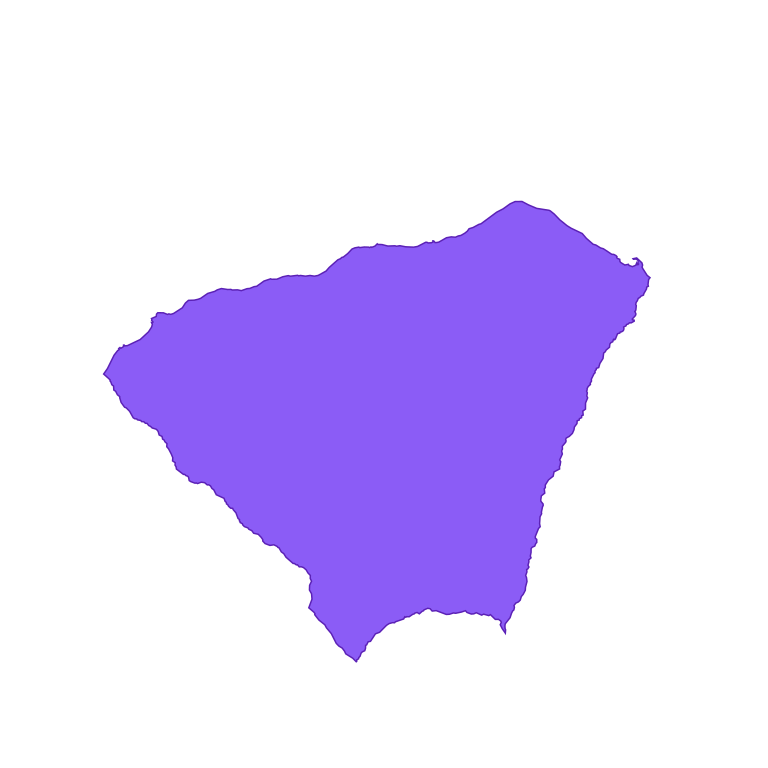 the district of Nossa Senhora Da Conceicao, São Filipe, Cabo Verde, rotated 124°
{"feature_id": "66160863B39753348448887", "entity_name": "Nossa Senhora Da Conceicao", "entity_type": "district", "adm_level": 2, "iso_a3": "CPV", "parent_name": "Cabo Verde", "parent_adm1": "São Filipe", "projection": "albers", "projection_center": [-24.43, 14.881], "detail": "fine", "context": "isolated", "style": "filled", "palette": "violet", "viewbox_px": 768, "rotation_deg": 124, "n_neighbors": 0, "source": "geoboundaries", "source_scale": "gbopen_adm2", "svg_char_len": 6159}
<svg xmlns="http://www.w3.org/2000/svg" viewBox="0 0 768 768"><g transform="rotate(124 384 384)"><path d="M532.5,622.0L533.7,613.5L534.7,612.8L535.0,611.7L536.8,609.2L536.9,607.1L540.1,604.6L540.1,602.4L542.0,599.0L542.2,596.1L543.4,595.2L546.3,591.6L548.3,586.1L547.9,584.3L548.9,579.6L552.2,573.1L552.2,571.2L551.2,569.4L551.6,568.4L550.3,565.3L550.7,563.8L549.6,562.1L550.0,559.9L549.1,558.3L550.0,555.9L549.7,553.8L550.1,551.6L548.9,547.8L549.1,546.1L549.7,544.6L552.0,541.9L551.6,538.7L553.5,536.7L553.4,535.0L554.4,533.3L554.8,530.6L557.5,529.0L558.2,526.4L560.9,521.4L563.2,517.9L566.0,516.3L566.0,513.1L568.1,511.9L568.9,510.1L570.6,508.5L571.1,499.8L570.4,498.7L570.7,496.8L570.2,495.2L570.6,493.9L573.0,491.5L573.0,489.7L571.9,485.2L571.0,484.3L570.8,482.9L567.6,480.6L566.1,477.5L566.5,474.1L565.6,473.0L565.5,470.9L566.8,468.3L566.9,466.0L569.6,461.1L568.2,452.7L570.2,450.0L570.3,448.6L571.5,447.5L571.4,446.2L572.3,444.4L572.7,441.7L571.7,439.9L572.5,438.8L573.6,434.7L577.1,429.8L577.2,428.0L578.3,427.4L578.6,426.3L579.3,425.8L579.0,423.3L579.8,422.3L580.3,420.0L579.4,416.4L580.0,414.8L579.5,411.6L580.6,408.6L578.9,404.2L579.8,400.1L580.8,397.5L582.0,396.7L582.8,393.4L581.6,388.3L578.9,385.4L578.4,381.7L578.8,380.6L578.5,379.5L580.6,375.2L580.7,372.2L582.4,368.4L583.6,359.0L582.9,357.9L583.0,355.6L582.3,354.6L583.0,352.0L581.8,350.4L581.2,348.1L581.6,344.6L583.2,341.3L583.9,338.0L586.5,336.4L588.0,333.8L592.5,333.1L596.5,330.6L598.4,326.8L602.6,323.4L611.6,321.2L612.4,314.4L613.0,312.8L614.0,312.4L616.1,305.9L616.7,298.4L618.3,295.4L620.4,288.1L625.7,278.6L626.5,274.9L626.3,271.1L627.5,267.5L629.1,264.8L628.8,256.6L629.8,251.7L629.3,251.5L627.9,252.3L626.0,251.4L625.0,251.9L623.0,251.6L620.0,252.5L618.2,252.2L615.9,250.8L613.5,251.5L611.0,253.1L610.0,252.5L606.6,253.0L604.9,251.3L595.9,251.4L592.3,248.8L582.7,247.0L579.8,245.8L577.1,243.5L576.0,241.7L574.8,241.6L567.8,236.3L565.3,236.6L565.2,235.5L564.3,235.2L562.9,233.0L558.9,231.4L557.5,230.3L556.7,230.3L554.9,228.8L554.8,226.2L550.9,225.2L549.9,224.4L548.8,224.5L545.5,222.3L544.5,220.1L545.3,217.1L542.7,214.0L540.2,203.5L538.3,201.0L535.0,198.4L534.0,196.4L529.8,192.3L526.4,189.7L527.0,187.5L525.9,183.0L524.3,181.0L522.0,179.6L521.0,173.8L519.1,172.7L517.4,167.6L515.7,166.8L516.9,160.1L515.1,157.5L515.2,154.7L516.0,153.5L518.6,153.0L520.7,149.2L522.7,144.1L519.8,145.7L519.0,146.9L516.9,148.5L515.0,149.4L507.3,148.8L502.6,150.1L500.1,150.4L498.7,150.0L496.2,151.0L494.9,152.4L491.9,152.2L489.5,150.7L487.0,150.2L483.4,151.3L480.5,151.0L476.0,151.5L473.3,153.1L467.8,155.0L464.8,157.6L463.5,159.5L459.9,160.4L458.0,162.0L457.0,161.4L454.7,161.5L453.7,163.3L450.4,164.4L449.0,165.6L445.9,164.9L444.8,166.5L441.4,167.9L438.2,170.0L436.5,169.9L434.1,168.4L431.3,169.0L430.0,168.7L427.4,170.5L427.2,172.3L425.8,173.3L417.3,175.1L415.0,174.7L412.8,176.9L406.8,180.4L403.4,180.8L402.3,181.8L397.0,184.0L395.9,184.0L394.5,185.0L393.5,188.3L392.5,189.2L388.7,191.0L384.6,189.7L381.3,192.5L379.7,192.3L377.5,193.8L371.5,194.0L365.8,192.2L361.8,193.9L356.2,190.9L354.3,192.4L353.1,192.5L349.6,194.1L348.7,195.9L342.3,197.0L340.2,199.3L338.1,199.7L335.9,201.4L330.7,200.8L329.4,201.2L328.4,202.4L326.9,202.7L323.8,201.1L319.6,200.2L315.7,200.9L313.2,202.1L308.9,201.9L306.4,203.3L304.8,202.0L303.5,202.6L301.4,201.4L299.7,202.4L298.4,201.5L295.3,204.0L292.2,202.9L287.0,206.3L281.6,207.4L280.5,209.2L277.6,210.5L276.6,212.1L275.5,212.2L274.1,213.1L271.8,213.3L269.0,212.6L268.0,213.5L265.6,213.6L264.0,214.8L258.2,215.6L256.6,215.3L255.4,216.3L253.4,216.1L252.3,216.7L250.3,215.2L246.3,216.5L240.4,216.7L235.5,219.2L233.6,218.6L231.6,218.8L227.4,217.6L224.6,219.1L222.8,219.0L221.1,218.0L218.7,218.7L218.2,218.4L218.3,217.5L217.3,217.3L211.7,218.5L209.9,217.0L208.8,217.2L207.9,216.2L205.9,215.4L204.1,215.9L202.8,217.2L200.5,215.9L199.1,216.2L197.5,215.0L196.1,214.8L195.0,213.2L192.0,211.7L191.2,212.3L191.8,213.9L191.3,214.5L186.7,213.8L185.5,214.1L184.8,214.6L183.5,216.7L182.8,216.4L181.6,216.7L177.9,218.7L177.3,219.8L175.3,220.6L173.4,220.5L170.8,221.1L169.3,220.3L167.5,220.1L165.2,218.6L163.9,219.1L158.4,219.5L156.8,220.4L155.1,219.5L154.0,220.7L149.5,223.0L147.1,222.9L146.8,226.6L143.6,234.0L142.8,235.4L140.8,236.1L139.3,238.0L138.2,245.0L140.9,247.6L141.1,247.0L139.3,244.7L139.5,242.3L142.1,240.9L142.2,240.1L143.0,240.1L143.7,241.2L142.8,242.1L144.8,241.7L147.8,243.7L148.7,247.2L148.1,248.3L150.7,250.9L150.9,255.7L150.5,256.9L148.8,258.3L149.4,260.9L148.8,262.0L148.1,262.1L147.8,263.5L148.1,266.0L149.1,267.7L149.2,277.8L150.1,280.6L150.3,286.1L151.2,288.7L150.1,297.6L148.4,303.8L150.2,315.9L150.4,320.7L149.6,330.0L147.9,338.0L147.5,342.9L147.7,344.3L153.0,355.6L154.7,364.3L155.5,371.6L159.4,377.3L164.1,380.2L172.2,383.2L178.6,386.7L197.0,393.2L198.6,394.6L204.5,397.7L207.7,400.3L210.8,400.4L213.9,401.4L217.8,403.3L219.7,405.2L222.4,406.9L224.4,410.5L227.8,414.0L235.7,417.9L237.1,419.3L238.2,420.7L237.6,422.8L238.0,423.5L238.9,422.8L240.4,423.7L242.4,426.3L242.5,427.6L243.2,428.7L251.2,433.1L254.0,436.0L258.1,442.7L260.5,448.2L262.8,450.7L263.3,452.2L267.5,458.0L269.5,463.6L271.8,467.3L271.6,468.0L274.7,468.6L277.6,470.6L277.6,471.4L279.0,472.3L279.1,473.2L281.5,477.0L284.5,480.4L284.6,481.4L287.4,484.3L290.0,486.0L296.1,487.0L301.5,488.7L302.7,489.8L304.5,490.2L306.8,491.7L318.0,494.6L322.8,495.2L330.8,499.3L333.5,502.0L335.4,506.0L338.5,509.4L340.7,513.9L342.0,515.2L342.2,516.4L346.9,521.8L347.7,524.0L351.7,527.9L357.0,531.4L360.0,535.7L360.2,536.8L365.8,541.1L374.2,544.2L375.9,546.1L379.8,548.7L381.5,550.8L386.4,554.5L387.8,558.0L390.9,562.3L391.2,563.8L393.1,566.5L395.8,572.2L399.2,574.9L401.8,576.1L407.5,580.8L415.5,583.9L417.7,585.5L420.6,588.2L424.0,592.9L427.9,593.9L433.6,593.8L443.2,597.9L445.5,599.7L446.2,601.6L447.4,602.4L448.3,606.6L451.4,611.4L453.2,611.7L455.4,610.6L459.7,613.4L460.1,612.7L461.2,612.2L461.8,610.2L462.8,610.3L463.1,611.0L464.1,609.4L466.8,608.5L472.5,608.4L483.5,611.0L495.7,618.2L497.4,620.3L497.0,621.2L497.4,621.7L498.5,621.0L499.3,621.1L501.6,622.2L501.4,623.3L503.0,623.8L503.6,622.8L505.2,623.5L511.0,623.9L525.8,621.9L532.5,622.0Z" fill="#8b5cf6" stroke="#5b21b6" stroke-width="1.5"/></g></svg>